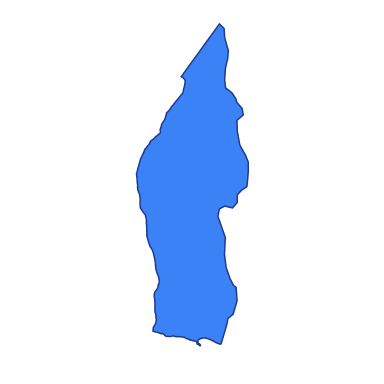 Morne Siquot, Soufrière, Saint Lucia, rotated 254°
{"feature_id": "8701671B8813575079880", "entity_name": "Morne Siquot", "entity_type": "district", "adm_level": 2, "iso_a3": "LCA", "parent_name": "Saint Lucia", "parent_adm1": "Soufrière", "projection": "albers", "projection_center": [-61.065, 13.891], "detail": "fine", "context": "isolated", "style": "filled", "palette": "blue", "viewbox_px": 384, "rotation_deg": 254, "n_neighbors": 0, "source": "geoboundaries", "source_scale": "gbopen_adm2", "svg_char_len": 4237}
<svg xmlns="http://www.w3.org/2000/svg" viewBox="0 0 384 384"><g transform="rotate(254 192 192)"><path d="M346.0,264.7L305.8,213.4L304.1,215.2L300.9,216.2L296.3,214.2L296.2,214.2L294.7,213.2L293.6,212.5L293.1,212.2L292.4,211.9L291.6,211.6L290.6,211.1L290.2,210.9L289.9,210.6L289.5,210.3L289.2,209.8L288.9,209.3L288.6,208.7L288.2,208.1L287.9,207.7L287.5,207.2L287.0,206.5L286.7,206.1L286.2,205.4L285.9,204.9L285.4,204.2L285.0,203.7L284.7,203.1L284.0,202.1L283.3,201.2L282.7,200.3L281.7,199.1L279.7,196.0L279.4,195.5L279.0,195.2L278.4,194.7L277.9,194.1L277.4,193.4L277.0,192.8L276.5,192.1L276.2,191.5L275.8,191.0L275.7,190.5L275.3,189.8L275.1,189.4L274.5,189.1L273.5,188.6L272.3,187.8L270.8,186.9L270.3,186.6L269.7,186.1L268.9,185.4L268.0,184.4L267.3,183.5L266.5,182.6L266.0,182.1L265.4,181.5L264.6,181.0L263.9,180.7L263.3,180.5L262.9,180.0L262.0,179.4L261.2,178.9L260.7,178.6L260.1,178.4L259.3,178.3L258.0,178.0L257.6,177.8L257.3,177.4L257.0,176.9L256.9,176.3L256.7,176.0L256.4,175.3L256.0,174.7L255.7,173.9L255.5,173.2L255.3,172.5L255.1,172.1L254.7,171.7L254.4,171.2L254.2,170.7L253.9,170.1L253.6,169.6L253.3,169.0L253.1,168.1L252.9,167.2L252.4,166.6L252.1,166.1L251.2,165.1L250.2,164.4L249.8,163.9L249.2,163.3L248.9,162.8L248.5,161.8L247.9,161.2L247.4,160.6L247.1,160.3L246.6,159.2L245.9,158.4L245.6,158.2L243.3,156.4L241.3,154.5L239.2,153.0L238.9,152.4L237.0,151.0L235.1,149.9L232.9,148.6L229.6,146.5L226.0,144.5L225.4,144.0L225.0,143.8L224.4,143.6L224.0,143.4L223.4,143.4L222.7,143.3L221.9,143.2L217.8,142.4L216.1,142.0L214.4,141.7L213.4,141.6L211.4,140.9L210.0,140.7L208.8,140.5L208.2,140.6L206.7,140.6L205.2,140.8L204.4,140.9L203.8,140.9L203.3,140.8L199.0,140.2L198.4,139.9L197.9,139.7L197.5,139.5L196.7,139.3L193.2,138.4L192.5,138.3L191.8,138.1L190.9,138.1L190.1,138.2L189.4,138.4L188.2,138.8L184.8,140.0L183.1,140.7L182.5,140.8L182.0,140.8L179.1,140.6L178.0,140.5L177.2,140.3L176.1,140.0L174.5,139.5L173.0,139.3L170.4,138.7L168.1,138.1L165.7,137.4L163.5,136.9L162.6,136.6L162.0,136.5L158.4,136.5L154.9,136.5L152.9,136.6L151.0,136.7L149.5,137.2L148.2,137.6L146.5,137.9L145.2,138.0L143.5,138.0L141.2,137.9L136.6,137.6L134.7,137.3L133.2,137.1L131.4,136.6L130.3,136.5L129.2,136.3L128.3,136.1L127.2,136.0L122.7,136.1L122.1,136.2L120.9,136.4L119.3,136.4L117.0,136.2L114.4,135.8L114.0,135.6L113.3,135.1L112.6,134.4L111.9,133.9L111.2,133.6L110.5,133.3L109.6,132.8L108.9,132.2L108.4,131.8L108.1,131.4L107.6,130.9L107.3,130.4L106.9,129.7L106.5,129.2L106.1,128.9L105.6,128.5L104.9,128.0L104.1,127.6L103.2,127.2L102.1,126.9L98.7,126.5L96.7,126.1L94.4,125.5L91.4,124.6L89.2,123.9L87.8,123.6L87.0,123.4L86.2,123.3L85.5,123.4L84.6,123.5L82.2,123.0L81.1,122.7L80.1,122.6L79.0,122.6L78.3,122.2L77.6,121.9L77.1,121.6L76.2,121.0L75.7,120.7L75.0,120.2L74.5,119.8L73.8,118.9L73.4,118.4L72.9,117.8L72.3,117.5L72.1,117.4L69.1,116.1L68.2,117.3L67.7,117.9L67.3,118.9L66.7,120.1L65.7,121.4L64.6,122.7L64.1,123.4L64.1,123.9L64.4,124.2L64.3,124.6L64.2,124.8L63.9,124.9L63.3,125.3L62.0,126.2L61.0,126.9L60.3,127.3L59.8,129.2L59.0,131.4L58.9,133.6L58.7,134.6L58.0,135.5L57.2,136.9L57.0,138.1L56.4,140.0L55.5,142.3L54.8,143.7L54.8,144.0L54.2,145.0L53.9,145.1L52.9,145.9L52.5,146.6L51.1,148.7L50.2,149.3L50.2,149.8L48.6,152.1L48.5,153.0L48.0,153.5L47.6,154.3L46.9,154.9L46.7,155.1L46.0,155.3L44.4,155.0L43.9,155.9L43.3,156.5L42.6,156.8L42.1,157.0L41.9,157.4L42.0,157.6L42.1,157.8L42.3,157.9L42.8,157.9L43.4,157.6L44.7,156.6L45.0,156.4L45.2,156.1L45.5,156.1L46.0,156.3L47.1,156.6L47.9,157.1L48.2,157.6L48.5,159.0L48.7,159.9L48.6,161.4L48.5,163.1L48.2,163.9L47.7,165.1L46.9,166.3L46.0,167.7L45.1,168.9L42.7,171.4L40.2,174.0L40.0,174.4L38.7,176.0L38.1,176.8L38.0,177.3L38.0,178.1L55.3,189.1L60.6,191.8L63.2,197.9L75.1,205.4L88.3,208.1L90.9,206.1L98.2,204.7L110.1,204.0L123.3,206.1L139.1,211.5L159.3,210.3L161.5,210.2L168.1,213.6L168.7,216.0L169.4,219.7L165.5,226.5L169.4,232.6L176.7,234.6L178.0,236.8L180.0,240.1L182.0,246.2L186.6,248.1L188.6,248.9L192.1,250.2L195.8,251.6L205.1,254.3L212.3,253.6L224.2,250.9L238.1,252.3L248.6,255.0L249.7,257.6L251.9,262.5L258.5,263.2L265.8,259.8L269.7,259.8L276.3,257.7L282.9,253.0L290.8,254.3L302.1,258.4L310.6,263.2L317.9,265.9L331.1,265.9L340.3,267.9L346.0,264.7Z" fill="#3b82f6" stroke="#1e3a8a" stroke-width="1.5"/></g></svg>